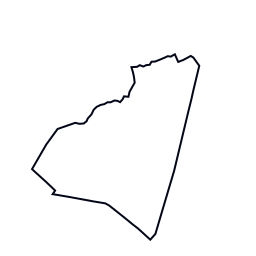 the district of Boca da Mata, Alagoas, Brazil, rotated 295°
{"feature_id": "56859067B28763804077147", "entity_name": "Boca da Mata", "entity_type": "district", "adm_level": 2, "iso_a3": "BRA", "parent_name": "Brazil", "parent_adm1": "Alagoas", "projection": "albers", "projection_center": [-36.155, -9.663], "detail": "fine", "context": "isolated", "style": "outline", "palette": "ink", "viewbox_px": 256, "rotation_deg": 295, "n_neighbors": 0, "source": "geoboundaries", "source_scale": "gbopen_adm2", "svg_char_len": 908}
<svg xmlns="http://www.w3.org/2000/svg" viewBox="0 0 256 256"><g transform="rotate(295 128 128)"><path d="M36.2,195.4L43.6,197.6L72.3,193.3L108.7,187.9L167.5,175.9L180.8,173.3L189.4,171.4L211.5,166.9L214.5,166.3L219.5,157.4L219.8,154.4L213.2,149.5L209.1,145.6L214.6,139.3L210.8,136.6L209.9,133.7L207.4,131.6L203.4,128.0L199.7,124.5L198.0,121.3L194.4,120.9L192.8,118.1L190.2,115.9L189.9,112.1L187.3,110.4L184.6,105.4L180.3,109.2L176.4,112.1L171.9,114.9L167.0,114.5L161.4,114.1L156.5,115.2L155.0,111.0L151.7,111.0L148.1,109.9L148.1,106.9L147.2,104.1L143.9,101.3L142.7,98.6L139.6,96.4L137.4,93.5L134.0,90.7L130.2,89.2L124.7,89.1L119.6,87.5L116.7,87.6L113.4,86.0L111.3,82.3L110.4,78.0L97.4,64.6L78.5,60.9L50.2,58.4L49.0,62.0L46.0,71.7L44.5,76.6L40.5,88.4L36.2,87.7L40.0,101.4L47.0,128.2L50.1,139.2L49.8,143.7L44.8,164.5L42.7,172.6L41.2,179.4L36.2,195.4Z" fill="none" stroke="#020617" stroke-width="2"/></g></svg>